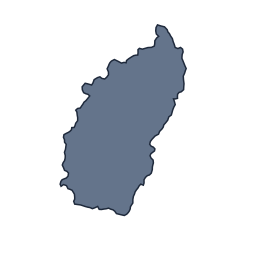 Pescador, Minas Gerais, Brazil (Natural Earth projection), rotated 329°
{"feature_id": "56859067B18566313031573", "entity_name": "Pescador", "entity_type": "district", "adm_level": 2, "iso_a3": "BRA", "parent_name": "Brazil", "parent_adm1": "Minas Gerais", "projection": "natural_earth1", "projection_center": [-41.56, -18.337], "detail": "fine", "context": "isolated", "style": "filled", "palette": "slate", "viewbox_px": 256, "rotation_deg": 329, "n_neighbors": 0, "source": "geoboundaries", "source_scale": "gbopen_adm2", "svg_char_len": 2607}
<svg xmlns="http://www.w3.org/2000/svg" viewBox="0 0 256 256"><g transform="rotate(329 128 128)"><path d="M40.6,143.5L43.6,143.3L45.6,145.7L45.3,149.1L46.7,150.7L48.0,152.6L48.0,154.8L48.0,157.1L46.7,159.8L45.6,161.6L43.7,162.8L43.1,165.8L45.2,167.5L47.6,169.4L49.1,171.1L50.7,173.0L52.7,175.1L54.5,176.7L55.9,178.8L58.5,179.3L61.6,179.6L61.4,182.9L63.3,184.2L65.7,185.1L67.7,186.0L70.1,186.7L71.4,188.7L73.0,190.4L73.8,192.5L74.0,195.4L75.5,196.9L77.2,198.6L79.8,201.1L82.6,201.2L84.7,200.6L86.4,199.8L88.2,198.5L89.5,196.8L91.3,195.8L93.5,194.8L95.4,191.7L97.5,189.3L99.6,187.9L101.1,186.5L103.3,185.4L105.5,184.6L107.6,183.4L110.0,182.7L111.7,184.9L113.4,183.4L115.1,180.6L117.6,179.3L120.1,178.8L122.2,179.3L124.7,178.7L127.4,176.2L128.8,174.0L130.3,172.4L131.8,171.0L133.0,168.4L132.3,165.6L132.6,163.1L134.4,161.8L136.4,161.6L138.9,161.3L140.3,159.8L139.9,157.5L138.5,155.5L138.2,153.1L140.2,151.1L142.6,150.1L145.0,149.4L147.1,148.8L149.1,148.9L151.0,149.0L153.3,147.2L156.7,146.3L158.6,145.4L160.4,143.7L162.8,143.0L166.0,141.8L168.7,139.5L171.8,139.2L173.6,137.5L175.7,135.5L178.2,133.6L180.5,132.3L181.4,129.3L182.0,126.5L183.7,127.5L185.7,128.1L186.7,126.3L187.9,124.6L190.1,123.8L192.3,124.4L195.4,123.8L197.0,121.4L198.8,118.9L200.4,115.3L202.1,112.0L204.7,110.2L206.8,108.3L208.5,107.0L208.8,104.2L209.5,99.9L210.1,96.0L212.2,93.0L214.4,91.2L215.4,88.5L214.5,86.0L211.7,85.6L209.9,83.3L210.7,80.1L211.2,77.2L212.1,74.1L211.9,71.2L212.1,68.4L211.7,66.2L212.2,63.9L211.4,60.1L208.6,57.3L206.4,54.8L203.8,56.3L201.8,59.0L200.7,62.0L201.5,65.2L198.9,65.6L196.0,67.0L194.4,69.4L192.8,71.3L189.7,71.0L186.5,69.3L183.9,68.6L180.9,67.8L178.8,65.6L176.9,66.0L175.3,68.8L173.9,70.5L172.2,69.6L170.2,68.9L167.1,68.9L164.2,69.0L161.5,69.4L160.0,71.1L158.4,69.7L155.8,69.0L153.9,65.8L151.6,62.3L148.2,62.1L146.2,62.7L144.5,63.7L143.0,64.9L140.6,66.5L140.1,69.9L138.6,72.4L135.9,73.5L133.3,74.0L131.1,72.0L130.3,69.7L127.8,69.1L123.9,69.1L121.2,71.3L119.0,72.4L117.5,70.8L116.1,69.3L114.3,67.6L112.2,68.3L109.9,69.1L108.5,71.8L108.2,74.9L109.5,76.9L111.1,78.6L111.7,80.8L108.5,82.0L106.0,82.9L103.6,83.2L101.5,84.4L99.4,85.3L97.4,86.3L94.8,85.3L92.4,85.8L92.4,88.0L91.1,90.8L90.2,93.2L88.6,95.8L85.6,97.0L83.8,98.7L82.1,99.8L80.0,98.7L78.6,100.4L76.3,101.0L74.3,101.0L72.4,100.8L69.7,100.7L67.9,102.7L67.5,105.4L66.3,107.5L66.6,110.2L65.0,112.1L63.4,114.1L61.0,116.1L60.0,119.4L58.6,121.5L56.8,123.3L54.6,124.3L52.6,125.9L52.3,128.8L51.8,131.6L53.3,133.7L53.8,135.9L51.9,138.3L49.5,139.1L47.0,138.7L44.9,138.4L43.0,139.2L40.9,141.2L40.6,143.5Z" fill="#64748b" stroke="#1e293b" stroke-width="1.5"/></g></svg>